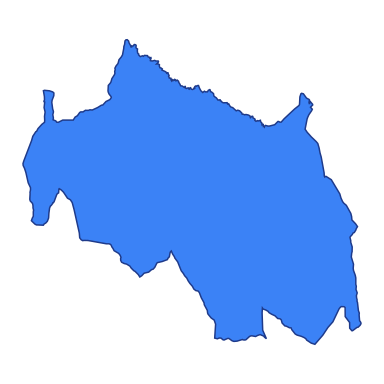 outline of Monkoto, Équateur, Democratic Republic of the Congo
{"feature_id": "63176286B4277783159614", "entity_name": "Monkoto", "entity_type": "district", "adm_level": 2, "iso_a3": "COD", "parent_name": "Democratic Republic of the Congo", "parent_adm1": "Équateur", "projection": "equal_earth", "projection_center": [20.843, -1.599], "detail": "fine", "context": "isolated", "style": "filled", "palette": "blue", "viewbox_px": 384, "rotation_deg": 0, "n_neighbors": 0, "source": "geoboundaries", "source_scale": "gbopen_adm2", "svg_char_len": 5882}
<svg xmlns="http://www.w3.org/2000/svg" viewBox="0 0 384 384"><path d="M126.0,39.8L125.0,40.9L124.6,44.4L123.9,46.3L123.7,48.6L122.5,54.9L121.2,57.1L119.0,59.7L118.0,63.5L116.0,66.0L114.9,68.2L115.2,69.7L114.7,71.3L114.9,73.5L114.3,74.9L111.9,78.6L111.0,81.8L110.3,83.1L108.3,85.4L108.0,90.9L108.3,92.3L109.1,94.1L111.0,96.5L111.3,97.4L110.6,98.7L109.7,99.7L106.0,101.5L102.8,105.0L101.4,105.2L97.7,107.5L92.3,110.0L89.9,109.8L88.3,110.4L85.4,110.3L83.0,111.9L80.7,111.9L79.7,112.5L77.4,115.7L75.1,117.1L73.2,120.1L62.7,120.1L58.3,122.3L56.7,122.2L55.8,120.9L53.1,119.8L53.4,118.0L52.8,114.7L53.4,112.2L53.4,111.3L52.7,109.1L51.8,102.5L52.1,100.2L53.8,95.7L53.9,93.0L52.7,91.9L49.5,90.8L44.5,90.3L43.4,90.7L44.4,96.6L44.5,99.9L43.9,101.2L44.1,101.8L44.7,102.0L44.1,107.6L45.1,112.1L44.5,116.4L44.7,120.4L44.5,122.3L41.9,124.3L38.0,128.6L36.6,131.3L35.8,131.7L32.8,136.3L31.6,140.5L23.7,161.2L23.0,163.6L23.2,165.6L24.5,168.3L25.9,172.6L28.2,182.8L30.5,187.7L30.5,189.9L30.0,192.3L30.1,193.5L29.8,199.3L30.2,200.9L32.3,203.2L32.7,204.1L33.0,205.9L33.0,207.9L33.6,210.2L33.3,211.8L33.3,216.3L32.4,217.9L31.4,220.7L34.9,224.1L36.4,224.9L43.4,225.2L44.1,224.0L45.8,223.0L47.4,221.2L48.6,218.0L48.9,213.1L49.6,208.0L50.5,205.9L51.1,205.6L52.9,203.2L52.9,202.7L53.5,202.5L54.1,201.7L56.8,194.4L57.6,193.5L58.6,192.9L58.9,189.1L59.2,188.7L61.3,190.0L63.5,192.2L67.5,198.2L70.4,199.8L72.2,202.6L74.1,209.7L79.3,233.0L79.7,237.8L81.2,239.8L82.9,240.7L83.6,240.4L88.0,240.5L106.4,243.8L109.1,243.8L110.3,244.3L111.2,245.2L111.8,246.8L113.0,248.5L114.1,250.7L118.7,253.4L120.2,255.4L121.0,257.4L120.6,258.5L120.7,260.4L121.6,262.2L124.1,263.5L126.6,264.1L129.9,266.1L131.2,268.1L133.8,270.7L135.1,271.4L138.3,274.6L139.8,277.0L141.8,275.7L144.1,273.2L148.7,272.1L151.6,269.6L153.1,269.2L154.8,267.3L156.8,263.2L157.5,262.6L162.3,261.5L167.4,259.6L167.9,258.3L168.9,257.4L169.4,256.5L170.0,253.1L170.4,251.9L171.3,251.0L172.6,254.0L174.4,256.8L174.8,258.0L177.7,261.9L181.2,270.7L183.5,273.7L184.6,275.7L186.8,278.1L188.2,280.9L189.9,283.4L192.4,286.3L193.8,289.0L195.8,290.6L198.0,291.0L199.3,292.5L201.3,297.8L204.0,302.7L204.3,304.8L207.3,310.4L207.6,313.0L208.0,314.1L211.2,318.0L214.2,320.1L215.6,324.2L214.7,338.1L217.4,338.8L219.3,338.0L221.0,338.1L223.0,339.8L224.1,340.0L227.5,338.5L228.8,338.4L232.1,340.8L233.9,341.4L237.2,341.1L242.4,339.5L243.1,339.9L245.0,340.0L246.0,339.7L249.5,336.5L250.5,336.0L251.8,335.8L255.6,336.5L257.7,335.4L260.1,334.6L263.7,336.1L264.5,337.2L266.4,338.7L262.7,330.2L262.1,313.0L262.4,308.0L263.2,309.1L265.4,309.8L267.9,311.2L269.1,312.7L271.6,314.2L275.0,315.8L277.7,318.5L280.0,318.8L280.7,319.3L281.3,320.0L282.1,323.0L284.8,325.9L286.4,326.2L289.5,327.8L291.0,327.8L291.8,329.7L295.2,334.0L297.1,335.1L301.3,336.3L304.2,337.6L305.8,338.7L306.7,340.1L311.2,343.1L314.9,344.3L322.8,335.2L327.9,327.5L332.9,321.8L339.0,309.0L340.1,307.5L341.2,306.6L343.9,306.7L344.5,306.9L345.1,307.6L345.2,316.6L349.6,322.5L349.7,328.2L351.8,330.7L352.6,330.7L357.0,327.4L358.1,327.2L360.0,325.4L360.9,323.9L361.0,323.1L360.5,321.9L359.6,320.7L359.1,314.8L359.3,313.1L358.4,310.6L357.5,302.5L357.0,301.2L357.1,299.9L356.6,297.9L356.4,295.6L357.2,292.9L356.0,289.4L356.3,286.3L355.8,284.3L355.8,277.9L355.3,275.4L353.5,270.4L353.2,268.4L353.5,264.2L351.3,257.0L351.7,253.1L352.1,251.7L352.2,246.9L350.7,242.1L350.8,240.9L350.0,237.5L350.2,236.8L352.2,234.6L353.1,233.0L354.3,232.5L355.8,230.1L356.3,228.6L357.5,226.6L355.5,223.7L351.9,219.9L351.6,216.5L350.8,213.4L346.3,205.3L343.8,203.2L342.6,201.6L341.0,198.1L339.8,193.9L331.3,179.7L326.1,176.4L325.5,176.4L324.8,177.0L324.3,176.0L324.1,172.8L321.2,157.0L320.0,152.8L319.1,148.0L317.8,143.5L316.1,141.5L311.2,136.8L307.2,132.3L305.1,129.2L307.1,119.0L307.7,117.3L308.9,114.7L311.7,110.6L312.3,109.2L310.5,107.2L312.7,105.0L312.6,104.3L310.0,101.2L309.6,102.0L309.7,103.2L309.3,103.5L309.0,102.7L309.4,99.9L309.0,99.4L306.5,98.1L303.4,93.8L301.6,93.3L300.9,93.8L299.9,96.9L299.5,104.4L299.0,105.5L294.7,108.9L284.1,118.8L281.2,122.1L280.0,122.2L278.7,121.5L277.9,121.5L274.7,124.7L269.7,126.0L268.1,126.1L265.5,125.4L264.8,125.9L264.4,127.0L264.0,126.4L263.4,126.5L263.3,124.5L262.9,124.2L262.1,124.9L261.7,122.8L260.6,121.7L260.4,120.3L258.0,121.0L257.4,120.6L256.0,121.3L254.8,120.3L255.1,119.4L254.9,119.0L253.0,117.8L252.9,116.8L252.6,116.3L251.9,116.3L250.4,117.6L249.9,115.8L248.3,115.0L246.0,114.5L244.5,114.8L243.4,114.2L242.2,114.2L241.8,113.0L239.6,110.8L237.8,110.2L236.2,110.8L232.7,107.6L231.0,107.1L229.8,105.9L228.7,103.8L228.1,104.2L227.6,104.0L227.1,102.7L223.2,102.8L221.5,101.7L220.9,100.8L220.4,100.8L220.1,99.8L218.0,100.1L216.3,97.8L214.2,96.4L213.8,95.5L213.5,93.6L211.6,92.0L210.5,91.6L210.2,90.0L209.8,89.6L208.3,90.3L207.5,91.8L205.5,91.9L204.4,91.2L202.8,92.5L200.9,90.8L199.5,88.2L198.5,85.5L197.4,85.6L196.5,86.2L195.9,85.9L195.0,86.4L194.1,87.9L194.8,88.0L194.8,88.4L192.6,89.5L191.3,89.2L190.6,87.7L190.2,87.8L189.2,89.2L188.9,89.0L188.7,88.0L188.1,87.9L186.2,88.5L185.5,87.9L185.3,86.5L184.9,86.5L184.3,87.4L182.2,86.0L180.6,85.8L180.0,84.3L178.6,82.1L178.6,81.3L177.2,80.1L176.0,80.8L175.6,79.9L174.8,79.4L174.4,80.2L173.3,79.9L172.9,80.6L172.1,79.6L171.6,80.8L171.0,79.8L170.8,78.2L169.3,78.1L169.1,77.1L168.6,76.5L169.1,75.3L168.4,74.5L168.0,72.8L167.4,72.7L166.7,73.2L165.8,71.8L161.9,70.0L162.3,68.9L160.9,67.9L160.0,67.8L159.3,66.1L159.4,64.6L158.1,63.9L156.6,64.0L158.3,62.2L158.5,61.6L158.2,61.0L155.8,61.0L154.7,60.4L152.3,61.0L150.4,60.7L150.3,60.3L151.1,58.1L150.9,57.6L149.8,58.1L149.6,57.3L148.2,57.0L147.5,55.6L144.4,55.4L143.3,56.3L142.4,55.8L140.3,56.6L138.7,55.0L138.7,54.0L138.0,53.6L137.6,52.8L137.3,50.8L137.5,49.0L136.3,48.2L135.9,47.2L136.2,45.8L135.8,44.9L134.7,44.5L134.1,44.6L133.5,45.8L132.2,46.0L131.8,46.9L130.9,46.9L130.8,46.5L131.1,45.6L130.2,45.0L129.0,42.7L128.6,41.0L127.2,39.7L126.0,39.8Z" fill="#3b82f6" stroke="#1e3a8a" stroke-width="1.5"/></svg>